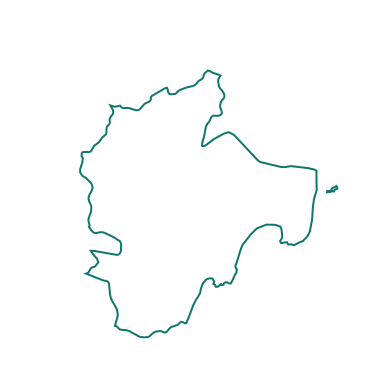 the Department of Piura, rotated 243°
{"feature_id": "PER-567", "entity_name": "Piura", "entity_type": "Department", "adm_level": 1, "iso_a3": "PER", "parent_name": "Peru", "parent_adm1": "", "projection": "mercator", "projection_center": [-80.245, -5.271], "detail": "fine", "context": "isolated", "style": "outline", "palette": "teal", "viewbox_px": 384, "rotation_deg": 243, "n_neighbors": 0, "source": "natural_earth", "source_scale": "10m", "svg_char_len": 3952}
<svg xmlns="http://www.w3.org/2000/svg" viewBox="0 0 384 384"><g transform="rotate(243 192 192)"><path d="M167.4,60.5L167.2,62.5L167.7,63.9L169.5,66.4L170.1,67.8L170.2,68.8L169.7,70.8L169.7,71.9L172.0,76.7L175.8,77.1L180.5,75.7L185.5,75.1L184.3,77.5L170.0,96.6L169.6,98.4L170.5,100.7L172.0,102.0L176.9,104.8L178.7,105.4L180.6,105.4L181.4,105.3L182.5,104.4L186.9,102.0L195.3,95.6L197.0,93.7L197.8,92.0L198.9,88.2L199.8,86.6L200.7,85.9L201.9,85.4L203.0,85.0L207.5,84.4L207.8,84.3L208.5,85.5L210.3,86.0L212.5,86.4L214.4,87.1L216.3,88.8L219.8,92.6L222.0,94.2L225.0,95.8L227.8,96.1L230.6,96.1L233.4,96.9L236.2,99.4L238.4,102.8L241.1,105.6L245.2,106.2L252.5,104.0L256.2,101.7L260.1,101.2L263.1,102.7L268.6,108.1L269.4,108.5L271.0,109.7L271.7,110.1L274.3,110.0L276.5,111.3L277.1,112.3L276.8,113.9L274.3,118.4L274.2,120.7L277.4,125.4L278.7,131.8L281.5,137.2L281.5,137.3L281.9,139.4L282.6,141.7L284.5,143.2L286.7,144.3L288.6,145.7L289.2,146.7L289.9,148.9L290.5,149.8L291.4,150.5L293.6,151.3L294.5,151.9L296.0,154.0L297.1,156.3L298.6,158.1L301.1,158.8L306.2,158.6L303.4,161.4L302.6,162.8L302.1,165.4L301.6,167.1L300.6,167.3L299.3,167.7L298.0,168.7L296.1,173.0L294.9,174.6L293.1,176.2L290.2,179.3L289.4,181.1L289.3,182.6L291.8,188.9L292.1,190.3L292.1,192.1L291.9,194.8L292.3,196.3L293.1,197.3L294.1,197.8L295.1,198.5L295.8,199.7L296.7,214.7L296.3,216.9L294.7,217.0L293.6,216.6L292.5,216.2L290.6,216.1L289.5,216.4L289.0,216.8L287.5,220.4L287.2,221.3L287.1,221.7L287.1,222.3L287.4,223.5L288.1,225.0L288.2,225.6L288.3,226.3L288.3,228.4L287.6,234.5L285.9,241.6L286.1,243.5L286.4,244.7L287.8,247.8L288.0,249.0L288.1,251.6L288.5,252.9L288.9,253.8L289.1,254.1L290.5,255.3L291.9,256.9L293.0,261.2L291.7,262.9L290.7,263.3L289.6,264.1L288.3,265.1L284.5,269.0L282.6,270.2L280.6,266.7L279.7,266.1L278.4,265.4L274.1,264.0L272.7,263.9L271.4,264.1L269.1,264.7L266.7,265.1L265.6,265.1L263.4,264.8L262.3,264.2L261.4,263.3L260.0,260.3L259.3,259.2L258.5,258.0L256.9,256.7L255.5,255.9L254.1,255.5L251.1,255.2L249.4,254.8L248.5,254.1L247.9,253.1L247.8,252.1L247.7,251.4L247.9,250.7L248.1,249.7L249.1,247.7L249.7,246.8L250.3,245.9L250.4,244.8L250.1,243.6L249.3,242.3L247.7,240.5L247.1,239.7L246.5,238.5L246.0,237.1L244.4,234.7L243.1,233.4L236.5,228.4L231.8,224.0L229.0,222.1L228.5,222.0L227.9,222.5L227.3,224.9L229.2,235.6L229.5,247.0L229.1,250.1L228.4,252.0L227.5,252.8L223.6,255.4L190.0,265.1L188.6,265.9L187.3,266.9L174.2,282.3L172.5,285.1L171.8,286.6L170.5,290.9L169.9,292.3L160.7,306.1L157.0,310.6L154.5,312.6L144.0,307.3L137.2,304.1L130.4,297.5L122.5,292.1L113.0,286.6L103.5,279.2L100.3,275.2L98.0,268.7L98.3,264.4L98.3,259.6L98.2,258.6L100.4,256.7L101.1,254.6L101.6,253.9L104.0,253.8L105.2,251.3L105.3,249.5L106.3,248.1L108.2,248.2L110.3,251.5L113.4,253.0L117.5,254.6L121.0,255.1L125.0,251.2L129.2,243.4L130.1,233.2L127.4,224.9L121.9,212.9L118.6,209.2L108.5,199.4L106.6,197.1L104.2,196.5L102.8,196.9L100.2,195.1L97.9,191.5L95.1,188.3L92.9,185.0L93.5,183.9L94.2,183.0L95.6,182.5L96.4,180.2L96.1,179.0L95.2,177.9L95.3,176.5L96.8,176.1L96.3,174.2L95.9,171.9L96.8,170.2L98.5,170.5L100.5,169.4L102.2,171.2L105.5,171.0L107.1,168.6L107.6,164.7L105.2,159.6L101.6,155.9L98.2,153.3L95.7,149.4L93.9,146.2L90.2,141.3L81.5,131.9L77.8,127.3L78.4,125.8L79.7,125.1L81.3,123.5L81.0,121.4L80.1,118.9L81.0,113.3L81.1,111.6L80.5,109.7L79.4,107.4L78.8,105.3L79.2,103.7L80.3,102.7L81.1,102.2L81.8,101.5L82.6,100.3L84.1,96.6L84.2,94.1L82.6,88.0L83.1,85.9L84.3,83.3L85.8,80.9L87.0,79.4L96.5,73.0L98.9,70.5L101.0,66.9L102.5,65.2L104.5,64.5L106.5,64.0L107.7,62.8L107.8,62.6L115.0,69.3L117.0,70.5L122.3,71.9L131.0,71.4L134.1,71.5L137.7,72.4L148.1,76.4L149.5,76.5L150.0,76.4L150.8,76.0L151.6,75.2L153.8,72.5L167.3,60.6L167.4,60.5ZM131.5,313.0L130.9,313.8L130.2,315.7L130.7,317.2L131.6,318.2L131.7,319.5L131.6,321.3L131.9,323.3L130.7,323.5L129.2,323.3L128.9,322.3L129.3,321.2L128.9,319.5L128.0,318.7L128.8,317.8L129.1,316.1L130.4,312.3L131.5,313.0Z" fill="none" stroke="#0f766e" stroke-width="2"/></g></svg>